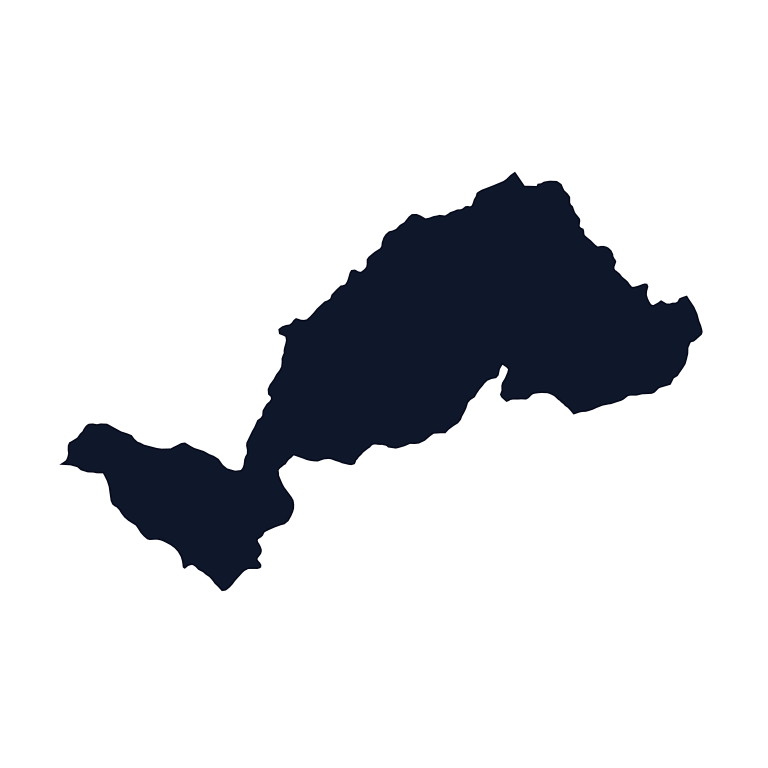 Nanong, Tashigang, Bhutan (Mercator projection), rotated 99°
{"feature_id": "84629894B55544402274944", "entity_name": "Nanong", "entity_type": "district", "adm_level": 2, "iso_a3": "BTN", "parent_name": "Bhutan", "parent_adm1": "Tashigang", "projection": "mercator", "projection_center": [91.483, 27.098], "detail": "fine", "context": "isolated", "style": "filled", "palette": "ink", "viewbox_px": 768, "rotation_deg": 99, "n_neighbors": 0, "source": "geoboundaries", "source_scale": "gbopen_adm2", "svg_char_len": 6137}
<svg xmlns="http://www.w3.org/2000/svg" viewBox="0 0 768 768"><g transform="rotate(99 384 384)"><path d="M513.5,689.8L512.6,681.0L513.4,673.7L515.9,669.7L516.9,662.8L516.2,657.3L516.4,654.0L515.4,647.2L518.1,645.2L522.6,642.0L528.1,639.2L541.6,635.1L544.8,633.1L546.2,630.8L546.9,628.6L549.3,625.4L552.4,622.8L555.8,619.2L558.6,614.6L562.0,606.6L564.6,604.1L568.6,600.6L571.5,597.0L573.7,593.4L574.0,591.2L572.7,585.3L572.5,584.0L572.6,580.6L572.8,579.1L573.4,576.6L574.2,574.1L575.8,569.5L578.2,564.8L581.4,560.8L586.0,557.1L590.8,554.9L596.1,553.4L596.8,552.1L593.6,549.2L592.0,545.9L592.1,544.0L593.5,541.1L595.9,538.0L597.5,533.1L599.5,530.0L601.3,526.0L603.2,523.6L605.2,521.4L607.0,519.7L609.6,515.9L613.1,511.6L612.1,508.4L610.7,507.0L608.3,504.9L605.0,502.7L601.6,501.0L598.8,499.2L591.8,494.6L589.8,492.9L587.4,489.7L586.9,487.8L586.1,482.6L585.8,480.4L584.8,478.2L583.9,477.4L582.1,477.6L580.4,479.0L578.9,480.9L577.3,482.3L575.5,482.2L572.5,480.5L570.7,479.6L568.8,479.3L567.0,479.5L564.0,481.1L561.5,483.0L560.7,483.9L559.5,484.6L558.3,485.1L556.5,484.7L554.0,481.8L552.2,480.5L549.1,479.7L547.6,478.1L545.3,474.8L542.1,469.8L539.3,464.8L537.5,460.8L533.8,457.5L528.7,455.6L524.4,454.5L521.1,454.1L517.2,454.6L513.6,455.7L510.5,458.1L501.8,467.0L498.6,469.4L492.2,473.4L490.3,474.3L488.9,474.4L487.5,474.9L485.3,475.4L482.8,473.9L481.8,472.8L479.3,470.7L478.2,469.2L476.5,468.5L473.3,466.8L470.6,464.3L468.2,462.8L467.9,461.4L469.6,452.1L470.4,448.4L470.7,444.9L470.6,441.2L470.2,437.6L467.1,431.8L465.9,426.9L465.9,424.3L466.8,419.9L467.4,415.6L468.1,413.0L468.6,406.2L468.5,403.7L467.2,401.0L465.0,400.4L463.8,400.4L461.8,399.0L459.8,398.1L456.7,395.7L454.7,394.6L449.9,390.2L448.3,388.4L446.4,387.3L445.0,385.7L444.4,383.9L444.2,382.2L444.3,380.9L444.1,379.3L444.0,378.1L443.6,376.5L443.8,374.8L443.8,373.4L444.0,372.1L444.4,371.1L445.3,369.8L445.2,362.4L444.3,360.1L441.5,354.2L438.3,349.2L437.8,344.8L436.7,340.6L433.1,335.3L427.4,330.4L424.6,327.5L423.0,320.2L422.4,316.1L418.5,313.5L413.9,309.0L410.7,305.3L406.9,303.1L403.7,302.5L399.0,300.8L394.9,299.6L389.2,298.8L385.9,296.8L382.4,292.9L378.6,291.5L374.0,289.3L370.0,286.8L367.3,285.4L364.0,282.9L361.6,279.0L360.0,274.6L357.3,272.9L351.1,272.6L345.4,270.5L347.7,265.5L349.6,263.0L353.4,263.3L359.5,264.8L364.3,266.8L367.3,267.1L371.9,266.2L376.2,267.0L378.3,265.5L381.7,260.3L380.8,258.7L379.3,256.9L378.4,254.3L377.5,248.6L376.9,246.1L376.6,243.1L376.4,241.5L375.2,239.9L374.2,239.0L372.1,237.6L370.5,236.2L369.5,234.5L368.2,230.3L367.9,228.8L367.4,226.8L367.0,222.9L366.8,221.8L366.8,220.5L367.5,217.2L368.6,213.9L369.5,212.4L371.8,209.1L372.5,207.4L373.6,206.1L375.2,203.2L376.3,202.0L377.2,200.4L378.0,198.6L380.5,195.4L383.6,191.9L380.9,186.8L379.8,183.8L379.3,180.9L377.9,177.7L375.9,173.8L373.9,170.9L370.5,165.1L368.2,158.9L367.7,157.0L365.4,152.6L362.8,147.4L361.3,145.4L357.2,141.6L356.2,139.2L355.2,132.9L353.1,127.8L351.2,118.6L350.4,117.1L349.5,115.8L344.8,112.4L343.8,110.9L339.3,101.4L332.6,99.3L329.7,95.8L327.1,94.7L321.4,91.9L316.9,90.0L312.1,89.4L306.5,89.0L300.6,89.8L294.6,88.3L293.8,87.1L292.9,85.0L290.8,83.1L285.1,78.5L282.7,78.2L279.8,79.3L276.8,80.7L273.0,83.0L266.2,86.0L259.7,90.2L252.6,96.8L250.2,98.8L252.1,102.5L253.8,105.2L257.1,106.3L258.8,108.5L259.2,111.4L260.6,114.2L261.1,117.5L258.8,123.3L261.2,125.5L264.7,130.1L264.6,132.2L263.6,133.6L261.3,135.6L258.4,137.5L255.0,139.1L251.1,139.4L246.6,138.9L244.6,140.1L244.7,142.1L245.4,143.7L247.7,147.7L249.1,150.8L250.0,153.4L249.7,154.9L247.4,157.6L245.4,159.5L244.0,161.5L241.5,165.8L238.7,168.8L236.5,172.5L235.9,174.0L233.9,175.3L232.3,175.5L227.0,174.5L225.6,175.3L224.3,176.7L222.1,178.2L220.3,178.6L217.0,180.9L215.0,183.8L214.4,185.5L214.0,188.4L214.4,191.1L215.6,194.4L214.0,197.6L210.4,202.5L207.5,207.5L206.3,209.3L204.9,210.3L202.4,210.8L200.2,211.7L199.5,214.1L198.5,215.7L197.2,216.3L192.4,216.4L190.5,217.0L188.6,219.0L186.3,221.6L184.9,222.9L179.5,225.8L178.1,227.9L176.1,229.2L170.5,230.1L167.8,232.7L165.1,236.7L162.8,238.3L159.4,240.4L157.2,245.1L158.0,251.9L159.8,257.4L161.9,259.9L162.8,263.0L165.3,263.6L165.9,268.7L167.0,276.4L154.9,287.8L158.2,291.2L162.8,294.6L165.5,297.4L171.9,307.8L177.6,317.7L180.2,320.8L181.2,321.7L184.4,322.0L187.9,323.4L191.9,324.0L194.4,324.6L195.9,326.5L195.8,329.2L196.4,331.1L198.9,333.3L200.1,335.1L200.9,338.8L202.7,341.6L204.6,345.2L206.4,346.9L208.8,349.8L209.0,355.5L209.8,357.2L211.2,361.2L213.3,364.9L214.8,368.9L213.9,371.1L212.6,374.4L211.7,378.4L212.5,382.7L215.3,385.2L221.6,388.7L224.9,392.7L227.1,394.2L229.5,395.8L231.9,399.5L233.1,402.6L236.1,405.1L239.5,406.7L244.6,407.6L248.3,407.4L251.0,408.4L255.3,413.3L257.7,415.5L261.3,418.6L263.8,419.8L268.2,419.1L270.9,419.1L273.1,420.1L275.2,421.7L277.6,424.1L277.6,426.9L276.3,430.6L277.2,433.7L279.6,434.6L285.4,435.3L288.8,435.9L292.3,437.4L293.8,440.3L294.1,441.7L298.1,444.9L304.2,449.1L308.5,449.8L310.9,452.5L312.4,455.2L320.3,461.4L325.1,464.2L329.4,467.1L331.9,469.2L333.0,470.2L334.0,473.0L334.3,476.3L333.8,478.5L333.5,481.0L335.4,482.7L338.3,484.1L340.6,486.1L341.8,489.8L343.6,493.2L346.6,496.1L350.4,494.9L351.3,490.8L352.2,488.2L355.9,486.9L359.0,487.0L364.2,487.6L366.9,487.6L369.1,487.1L371.9,487.9L375.1,488.4L377.9,487.8L383.1,487.5L387.0,488.8L391.6,491.3L397.1,493.2L402.7,496.1L407.4,497.3L412.0,496.2L413.9,493.2L416.7,492.5L419.4,493.7L422.4,496.2L426.7,498.0L429.4,499.0L434.4,498.6L437.2,500.0L439.9,502.8L447.2,504.7L451.4,506.3L463.7,510.0L466.3,509.8L470.5,508.3L474.5,507.8L477.5,509.0L480.4,509.5L485.6,509.3L488.2,509.7L490.1,510.3L492.1,511.6L493.7,517.5L492.6,526.0L489.7,530.9L484.5,536.0L482.3,541.1L481.3,545.7L479.1,551.7L477.6,561.5L476.1,565.7L473.7,571.4L474.7,574.7L477.3,578.2L479.9,582.0L481.7,584.2L483.4,593.4L483.5,598.4L482.2,611.6L480.8,615.7L480.3,618.6L477.7,622.5L474.7,625.5L473.6,630.3L472.7,636.3L467.3,651.4L467.7,654.6L468.0,657.4L469.4,661.1L469.3,665.4L470.1,668.9L471.2,670.4L473.0,671.7L476.0,673.1L478.3,673.8L481.0,675.9L485.5,678.1L489.9,683.2L491.4,685.2L494.3,685.9L498.3,685.4L502.1,684.3L506.0,684.6L509.4,685.5L511.6,687.6L513.5,689.8Z" fill="#0f172a" stroke="#020617" stroke-width="1.5"/></g></svg>